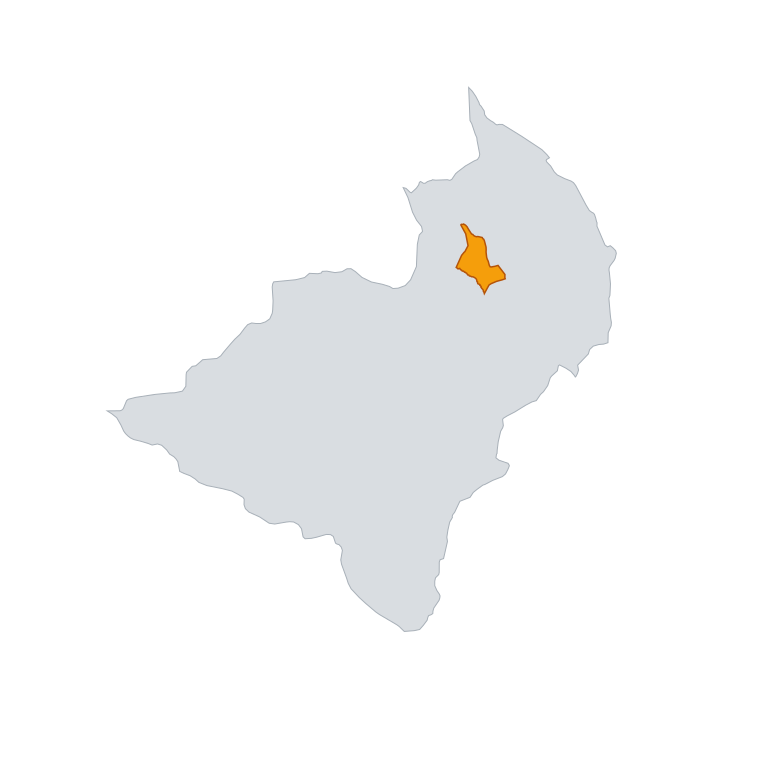 location of Bossembélé, Ombella-M'Poko, Central African Republic, rotated 157°
{"feature_id": "33826404B7214769303301", "entity_name": "Bossembélé", "entity_type": "district", "adm_level": 2, "iso_a3": "CAF", "parent_name": "Central African Republic", "parent_adm1": "Ombella-M'Poko", "projection": "equal_earth", "projection_center": [17.729, 5.164], "detail": "fine", "context": "in_parent", "style": "filled", "palette": "amber", "viewbox_px": 768, "rotation_deg": 157, "n_neighbors": 0, "source": "geoboundaries", "source_scale": "gbopen_adm2", "svg_char_len": 5381}
<svg xmlns="http://www.w3.org/2000/svg" viewBox="0 0 768 768"><g transform="rotate(157 384 384)"><path d="M511.1,270.3L517.1,272.4L518.2,274.9L516.5,283.0L517.7,288.0L521.1,292.3L524.6,294.1L527.9,295.1L539.3,297.8L544.1,300.7L550.4,310.2L558.4,318.9L560.3,323.4L560.0,327.6L557.7,332.6L558.1,334.7L561.7,339.8L565.9,344.9L573.5,350.7L586.7,359.7L592.8,365.7L594.9,370.3L598.3,375.3L603.0,379.8L606.2,383.3L604.1,393.2L604.8,396.5L605.9,399.3L608.7,403.2L609.8,408.2L612.6,414.5L615.9,417.3L621.3,418.4L624.2,421.3L630.2,426.3L636.0,430.6L638.5,433.5L640.0,436.2L641.3,439.3L642.0,442.4L642.2,449.1L643.2,457.4L646.3,463.1L649.3,467.4L637.4,462.5L635.7,462.4L633.6,463.2L627.5,469.2L625.5,469.9L617.7,468.7L598.9,463.9L584.5,459.4L580.1,457.7L572.4,456.2L567.3,459.3L562.5,469.9L561.2,472.0L553.7,475.2L550.1,474.3L541.4,477.2L527.9,472.8L523.2,473.7L519.4,475.9L509.8,480.7L503.9,483.5L497.1,486.0L490.6,489.8L486.3,491.9L482.0,491.9L478.2,489.7L473.9,487.9L468.9,487.5L463.7,488.6L459.2,492.8L457.4,495.9L453.6,503.9L449.0,517.0L447.3,519.7L445.6,521.1L424.6,514.5L415.5,513.0L409.4,515.0L401.7,511.3L398.4,510.7L396.8,511.8L392.5,510.2L385.6,505.7L378.9,503.8L373.0,504.5L369.3,503.0L366.4,498.6L362.6,490.7L355.7,482.8L346.5,476.4L340.8,471.6L338.5,468.4L333.6,466.7L326.0,466.3L318.8,469.5L308.3,479.4L298.7,499.6L293.3,507.4L288.9,509.4L287.9,514.3L290.0,522.1L290.6,531.0L289.1,546.2L289.6,557.3L287.3,555.5L285.1,550.3L284.1,549.3L277.7,551.6L274.3,553.7L272.6,555.8L271.2,556.1L269.2,553.3L267.6,552.7L265.1,553.3L262.5,553.2L260.8,552.8L259.7,553.1L256.7,551.4L245.7,547.2L243.8,545.7L241.6,545.9L235.9,549.6L232.9,550.6L223.8,552.9L214.0,554.1L210.3,554.1L207.7,555.8L206.1,558.1L203.1,572.1L202.3,574.5L202.4,578.1L201.5,589.4L201.9,592.9L190.2,623.9L188.3,618.8L187.1,612.7L186.6,605.8L186.9,603.9L186.1,601.9L185.1,596.2L186.1,592.5L185.3,588.7L183.1,584.9L181.0,582.1L179.8,579.5L178.8,578.4L176.6,578.0L173.5,576.6L160.6,558.4L147.1,538.0L144.4,531.4L143.3,527.6L146.6,527.1L147.4,526.5L147.4,524.7L145.4,519.5L144.4,512.8L142.8,508.7L137.5,502.5L132.5,497.7L130.9,495.3L130.0,491.8L128.1,469.8L127.2,463.5L125.6,460.8L124.5,459.5L124.0,457.9L124.3,454.0L124.9,450.5L124.9,449.1L126.3,446.1L126.3,425.7L124.7,422.9L121.7,422.9L120.1,419.9L118.7,416.2L119.1,413.5L122.1,409.4L124.0,407.8L129.7,404.5L131.4,402.9L132.4,400.9L133.1,398.2L136.4,387.7L141.4,377.3L143.5,375.1L148.5,359.8L149.7,355.8L150.6,351.9L152.2,348.8L157.6,343.6L161.7,334.5L166.2,334.9L170.8,336.4L176.6,337.1L181.2,335.4L184.2,331.8L198.4,325.7L199.5,320.8L201.7,318.2L204.3,316.0L205.2,315.7L205.4,317.3L207.0,322.4L210.3,327.4L215.0,333.0L216.4,332.6L219.3,328.4L226.7,325.8L228.6,324.7L233.9,318.6L240.2,314.6L243.9,313.3L250.3,309.2L254.8,309.7L262.1,309.1L274.3,307.2L283.2,306.5L287.6,305.8L288.7,305.0L290.4,299.1L291.8,297.4L295.1,294.9L301.5,286.1L305.8,278.6L307.1,275.9L307.9,275.4L309.8,272.3L308.0,269.0L300.7,262.4L300.8,261.5L300.4,260.4L300.8,259.5L303.5,256.8L307.3,253.7L311.2,252.5L321.6,252.8L330.5,252.1L332.5,252.3L339.4,250.7L344.2,249.3L349.0,246.1L360.0,246.4L369.1,238.3L371.7,236.9L372.9,235.6L373.2,234.4L377.5,231.2L382.3,224.5L386.0,218.5L387.1,214.3L397.4,200.0L401.0,200.3L402.7,198.5L406.8,189.0L408.1,187.2L412.3,185.5L414.3,182.7L416.1,178.5L416.0,173.3L415.2,169.1L415.2,167.1L416.2,165.3L417.8,163.4L425.7,158.3L427.7,155.8L428.8,153.6L431.0,153.2L433.4,153.4L434.9,152.0L436.6,149.7L442.1,146.5L447.1,144.1L452.4,145.1L462.0,148.3L464.9,155.1L466.3,157.4L478.2,173.5L480.6,177.3L486.5,189.0L490.1,196.9L494.3,208.3L494.8,214.5L494.3,219.7L493.5,234.7L492.5,239.0L487.3,247.1L487.1,250.7L488.2,253.8L489.8,255.0L490.8,256.5L490.2,263.5L492.1,266.3L496.0,268.1L505.9,269.3L511.1,270.3Z" fill="#d9dde1" stroke="#a8b0b8" stroke-width="1"/><path d="M251.1,500.2L250.1,490.3L252.6,478.5L257.7,474.3L258.9,473.9L262.3,472.1L272.0,463.1L271.6,462.5L271.2,461.7L271.0,461.1L270.4,460.9L269.8,460.9L269.5,460.9L269.1,460.8L269.0,459.9L268.9,459.4L268.5,458.8L268.1,458.6L268.0,457.9L267.9,457.5L267.5,457.2L266.8,456.9L266.5,456.3L266.2,455.5L265.9,455.5L265.5,455.0L265.4,454.7L265.1,454.1L264.8,453.9L264.6,453.6L264.5,452.7L264.4,452.2L264.3,451.7L263.7,451.4L263.4,451.1L263.3,450.3L263.0,449.9L262.5,449.7L261.9,449.1L261.6,448.6L260.6,448.1L260.1,447.8L259.7,447.4L258.4,445.6L258.0,444.2L258.1,443.2L258.4,442.0L258.1,441.7L258.0,441.3L258.3,440.8L258.4,440.0L258.4,439.6L258.0,439.1L257.7,438.9L257.3,438.6L257.0,438.3L256.9,437.8L257.2,437.6L257.2,437.3L256.9,436.8L256.6,436.2L256.6,435.8L256.6,435.5L256.9,435.3L256.8,434.6L256.7,434.2L256.6,433.7L256.3,432.9L256.1,432.5L256.0,431.9L256.0,431.5L256.2,431.0L256.3,430.8L256.3,430.4L256.3,430.0L256.1,429.7L256.1,429.4L256.3,428.0L250.8,432.4L248.6,434.1L246.1,434.5L240.3,434.5L234.4,433.7L231.3,433.5L231.2,434.7L230.1,437.1L229.9,437.6L232.7,448.6L236.0,449.0L237.9,449.5L239.2,449.7L240.5,450.4L240.7,452.2L240.1,456.2L240.2,458.5L240.0,460.5L238.5,465.6L237.5,467.7L236.6,470.1L235.9,474.7L235.6,476.9L235.7,478.5L236.2,479.0L236.3,479.8L236.3,480.4L236.8,480.8L240.0,483.1L241.3,483.4L242.7,484.6L243.5,485.8L243.8,487.0L244.4,487.5L244.8,487.9L245.4,491.2L245.9,494.3L246.1,496.3L246.6,497.4L246.6,497.7L246.9,498.4L247.8,499.5L248.1,500.1L248.6,500.0L249.1,500.1L249.4,500.3L249.8,500.5L250.2,500.7L250.7,500.7L250.9,500.6L251.1,500.2Z" fill="#f59e0b" stroke="#b45309" stroke-width="1.5"/></g></svg>